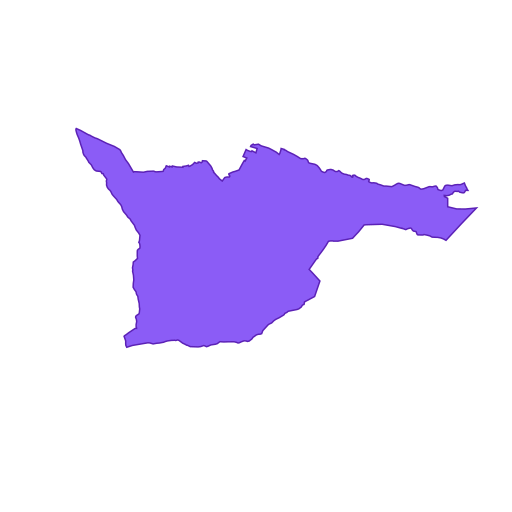 the district of Vicovu De Jos, Suceava, Romania, rotated 13°
{"feature_id": "2599482B64673798461441", "entity_name": "Vicovu De Jos", "entity_type": "district", "adm_level": 2, "iso_a3": "ROU", "parent_name": "Romania", "parent_adm1": "Suceava", "projection": "robinson", "projection_center": [25.712, 47.878], "detail": "fine", "context": "isolated", "style": "filled", "palette": "violet", "viewbox_px": 512, "rotation_deg": 13, "n_neighbors": 0, "source": "geoboundaries", "source_scale": "gbopen_adm2", "svg_char_len": 6122}
<svg xmlns="http://www.w3.org/2000/svg" viewBox="0 0 512 512"><g transform="rotate(13 256 256)"><path d="M448.9,178.3L460.0,159.6L449.2,163.2L440.9,165.0L431.7,164.9L429.8,156.7L428.7,156.3L426.2,155.7L425.8,154.6L428.4,154.3L430.6,153.3L432.2,151.9L433.4,151.3L433.8,150.0L434.2,149.2L435.0,148.3L435.5,148.1L437.6,147.8L438.4,147.4L438.7,147.3L440.2,148.0L442.8,148.0L443.9,147.8L444.7,147.3L445.5,144.9L447.7,144.4L446.5,143.2L446.2,142.6L444.3,140.5L442.6,138.0L439.5,140.3L438.4,140.7L436.2,141.1L435.4,141.4L433.6,142.0L431.4,143.3L430.7,143.5L427.0,143.8L426.2,144.0L425.0,144.5L424.5,145.0L424.2,145.4L423.2,149.6L422.0,150.5L420.7,150.6L418.4,150.3L418.0,149.9L417.9,149.4L417.2,148.4L415.6,147.3L413.9,148.0L413.0,148.6L412.0,149.0L410.2,149.2L409.1,149.5L404.3,152.7L402.3,153.6L401.2,153.7L400.7,153.5L399.4,152.8L398.4,152.6L395.2,152.5L389.8,151.9L389.1,152.0L386.7,153.2L385.2,153.7L384.3,153.7L380.1,153.0L379.0,153.0L378.5,153.1L377.5,153.6L376.4,154.6L375.3,155.7L373.1,157.6L372.6,157.9L367.0,158.6L365.9,158.9L364.7,159.1L361.7,158.7L358.2,158.5L357.4,158.0L356.4,158.0L354.1,158.2L352.3,158.8L350.3,158.6L349.3,158.3L349.0,157.9L348.9,157.7L349.2,157.2L349.1,156.0L348.7,155.8L346.8,155.5L346.0,155.6L344.6,156.9L343.6,157.3L342.4,157.4L341.6,157.1L339.8,156.7L337.5,156.4L335.3,155.7L334.8,155.3L334.3,155.1L333.4,155.1L332.7,155.4L332.0,155.8L332.6,157.0L332.5,157.3L332.0,157.6L331.0,157.2L330.2,156.6L329.5,156.3L327.5,156.5L325.9,156.2L323.5,156.4L321.3,156.0L320.1,155.5L318.5,154.5L317.6,154.2L317.3,154.2L316.6,155.1L316.2,155.4L314.6,155.8L313.5,155.6L311.8,154.9L309.5,154.8L308.1,155.3L306.1,156.2L305.7,156.7L305.7,157.3L305.5,157.7L305.0,158.5L304.6,158.9L304.2,159.2L302.9,159.2L300.9,158.8L300.3,158.4L299.6,157.6L297.9,156.0L295.6,154.3L294.7,153.9L292.7,153.4L287.3,153.5L286.3,153.2L285.7,152.5L285.4,151.8L284.6,150.9L282.7,150.0L282.1,149.8L281.3,149.9L280.9,150.3L280.0,150.6L278.3,151.0L277.3,151.0L274.0,149.8L269.6,148.5L263.4,147.2L261.1,146.3L259.6,146.2L259.6,145.8L256.3,145.6L256.4,147.1L256.1,150.8L255.7,151.9L252.5,150.3L247.2,148.8L244.0,148.0L236.3,147.5L233.2,146.5L229.3,148.1L228.1,147.6L226.3,149.4L226.1,150.6L232.9,151.0L232.7,155.5L228.4,154.4L228.2,155.2L227.8,155.3L226.8,155.4L223.9,155.0L222.4,154.5L221.0,162.0L225.0,162.6L224.0,166.0L223.1,165.6L222.2,168.4L220.1,176.0L216.5,178.3L214.6,179.3L211.1,181.9L211.3,182.9L211.5,183.1L212.1,183.3L212.3,183.7L212.5,184.1L212.4,184.8L212.1,185.1L210.9,185.3L209.3,185.8L207.9,186.6L206.9,188.9L206.3,190.5L205.0,190.1L204.7,189.7L203.1,189.1L202.6,188.6L201.2,187.5L199.5,186.5L196.5,184.3L196.2,184.3L195.8,183.9L195.7,183.1L194.1,181.7L193.5,180.5L191.6,178.4L186.9,174.9L186.0,174.6L182.4,175.2L182.5,176.3L181.6,177.5L179.8,177.2L178.6,177.5L178.7,178.2L177.1,179.1L175.2,178.6L173.7,181.1L171.7,183.1L170.6,183.8L169.8,182.8L167.7,184.0L164.6,185.2L164.8,186.0L158.6,187.1L154.2,187.1L154.2,188.1L151.6,188.0L151.6,188.7L148.3,188.3L147.9,190.6L147.7,191.1L146.8,192.3L146.6,192.7L146.6,194.0L146.4,194.4L146.0,194.6L140.2,196.4L138.7,196.6L137.3,196.3L131.0,198.0L127.5,199.7L122.4,200.5L118.5,201.2L117.7,201.8L110.9,194.6L107.2,191.5L104.1,187.9L101.6,185.5L100.6,184.1L99.4,183.0L93.3,181.1L85.1,179.8L75.5,177.5L74.3,177.3L72.6,177.2L68.8,176.3L66.7,175.6L66.0,175.7L63.3,175.0L56.8,173.1L52.2,172.2L52.0,172.8L52.3,174.0L53.0,175.4L54.3,177.7L56.8,181.1L58.5,183.8L60.1,186.7L63.6,192.3L64.0,193.8L65.0,195.5L66.0,196.7L68.3,198.2L68.5,198.6L71.0,201.0L72.0,202.3L75.0,204.2L77.1,206.7L78.1,207.6L79.1,208.4L81.2,209.1L85.6,208.6L86.2,209.0L87.3,210.3L87.8,210.3L88.5,210.1L88.9,210.5L89.4,211.4L93.3,214.6L93.4,215.6L93.3,216.6L94.0,218.3L94.4,220.5L95.7,222.6L97.3,224.0L98.8,224.8L99.9,225.7L102.0,228.3L103.7,229.6L107.5,232.2L108.8,233.6L110.2,234.8L111.4,235.5L113.0,236.8L114.1,238.2L115.2,240.4L117.0,242.6L120.7,245.3L122.3,246.9L125.2,248.4L126.3,249.8L130.6,253.4L131.8,255.3L133.5,257.6L136.4,259.9L138.3,261.9L138.9,266.5L139.0,267.7L138.7,269.0L139.5,269.7L140.1,270.7L140.7,272.3L141.0,273.6L141.0,274.7L139.8,275.9L139.2,277.0L139.2,277.8L140.3,282.7L141.1,285.0L139.1,288.0L137.8,289.5L138.2,292.0L138.3,295.3L139.2,297.5L139.1,298.4L140.9,302.3L142.3,306.8L142.6,310.3L143.3,314.1L145.0,316.0L147.0,317.7L147.4,318.3L147.9,319.6L148.5,320.5L149.9,321.8L150.9,324.5L152.9,328.6L153.8,331.8L154.6,333.7L155.1,337.9L154.9,338.8L153.0,340.8L152.4,341.8L152.5,342.9L153.7,344.6L154.5,346.8L154.6,349.7L155.1,351.8L155.6,352.5L155.9,353.4L155.0,353.5L154.3,354.0L149.2,359.4L147.3,361.7L145.8,363.3L145.5,363.9L147.8,367.5L148.2,368.3L148.8,371.0L149.3,372.4L150.6,374.0L155.8,370.9L169.9,365.0L171.1,364.7L172.3,364.6L175.5,364.8L179.0,363.3L181.5,362.5L185.4,360.8L187.1,359.6L189.0,358.6L192.7,357.2L194.7,356.7L195.4,356.4L196.8,356.4L198.6,355.4L200.0,355.6L204.1,357.4L207.3,358.1L208.3,358.5L209.3,358.4L212.3,359.1L220.0,357.6L222.5,356.7L225.2,355.0L225.8,355.0L228.2,355.5L229.7,354.6L232.0,352.8L236.3,351.1L238.0,350.1L239.9,347.8L240.2,347.6L243.9,347.0L247.6,346.0L253.9,344.5L256.3,344.5L258.0,344.8L259.1,344.4L261.0,342.9L263.5,341.3L265.6,341.0L266.8,341.2L268.5,340.4L269.6,339.0L270.5,338.0L271.5,335.7L272.4,334.8L274.2,332.7L276.0,331.7L277.7,331.2L279.0,330.4L279.4,327.2L283.3,320.3L284.0,319.5L286.3,317.7L287.9,315.1L289.5,313.3L292.6,310.8L295.8,307.7L296.6,306.8L297.0,305.4L298.7,304.1L299.8,302.6L308.0,298.9L309.6,297.9L311.6,295.5L312.2,293.6L313.1,292.7L313.7,292.4L313.6,289.8L322.2,282.3L323.9,266.0L314.6,259.6L310.8,257.1L315.0,246.7L315.7,245.1L316.4,244.7L316.8,244.1L316.4,242.8L320.0,234.7L321.8,230.1L323.3,225.4L325.0,224.6L327.4,224.0L328.0,224.1L332.5,223.1L346.1,217.0L348.2,213.3L350.5,209.4L354.4,201.4L356.5,200.7L371.7,196.7L385.2,196.0L392.1,196.3L392.1,196.1L396.0,196.6L397.6,195.3L399.3,194.4L400.2,194.0L400.7,194.0L401.3,194.3L402.7,195.7L403.8,196.3L405.4,196.2L406.3,196.2L406.6,196.4L407.9,198.4L408.5,198.9L409.0,199.0L413.5,198.1L414.3,197.8L414.8,197.3L417.8,197.2L420.9,197.3L423.3,198.0L427.7,197.2L428.5,197.0L432.0,196.8L434.9,197.2L437.6,198.0L448.9,178.3Z" fill="#8b5cf6" stroke="#5b21b6" stroke-width="1.5"/></g></svg>